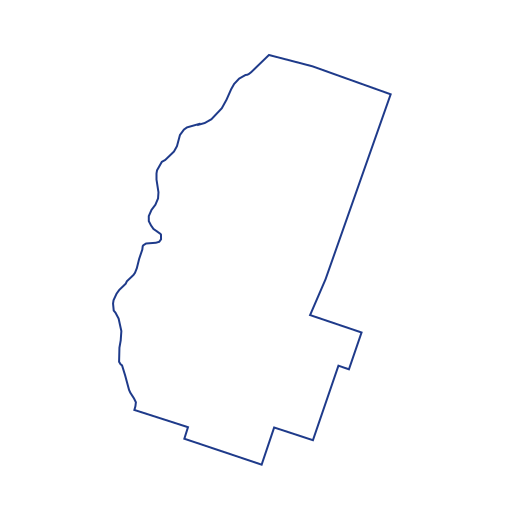 the district of Jefferson, Ohio, United States of America, rotated 197°
{"feature_id": "52423323B31823357110320", "entity_name": "Jefferson", "entity_type": "district", "adm_level": 2, "iso_a3": "USA", "parent_name": "United States of America", "parent_adm1": "Ohio", "projection": "natural_earth1", "projection_center": [-80.666, 40.377], "detail": "fine", "context": "isolated", "style": "outline", "palette": "blue", "viewbox_px": 512, "rotation_deg": 197, "n_neighbors": 0, "source": "geoboundaries", "source_scale": "gbopen_adm2", "svg_char_len": 1139}
<svg xmlns="http://www.w3.org/2000/svg" viewBox="0 0 512 512"><g transform="rotate(197 256 256)"><path d="M174.5,450.0L257.4,453.9L302.4,452.0L314.4,430.3L316.1,427.9L317.3,426.8L317.5,426.7L319.0,426.0L324.0,420.7L327.2,414.2L328.5,408.3L329.9,396.8L331.9,387.3L338.6,373.8L343.9,368.2L349.2,364.8L349.2,365.5L359.6,358.8L361.9,355.8L364.1,349.5L363.7,337.9L365.0,331.9L370.9,321.3L373.6,318.5L375.7,309.0L375.3,305.9L373.5,300.0L367.9,288.4L366.5,282.4L367.2,275.6L369.4,269.6L370.2,262.8L368.7,258.0L365.4,254.6L362.0,251.9L353.8,249.2L353.1,248.6L351.7,244.2L352.7,241.3L354.5,240.1L355.6,239.4L364.8,235.8L366.9,233.3L367.2,232.3L366.6,228.9L366.9,219.2L366.4,209.5L366.8,204.6L367.6,202.1L372.1,194.1L372.5,191.4L376.8,183.7L378.3,179.3L379.3,172.1L378.8,168.7L376.1,162.2L373.8,160.7L369.1,156.0L362.8,144.8L360.7,135.7L359.8,128.4L356.0,114.8L353.9,112.9L352.1,112.2L346.2,103.5L338.3,90.9L336.3,88.6L331.0,84.1L328.1,81.0L327.4,77.1L327.3,73.2L271.0,72.4L271.1,60.3L189.6,58.1L188.5,97.3L147.7,96.5L145.1,175.2L134.0,174.8L132.7,213.7L187.0,215.3L182.7,254.0L174.5,450.0Z" fill="none" stroke="#1e3a8a" stroke-width="2"/></g></svg>